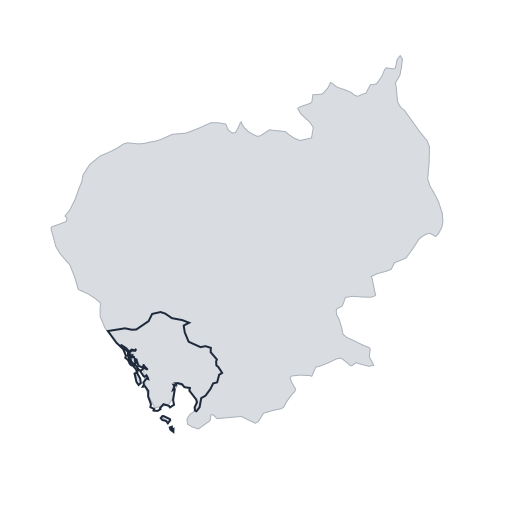 Cambodia, with Kaôh Kong highlighted, rotated 347°
{"feature_id": "KHM-1779", "entity_name": "Kaôh Kong", "entity_type": "Province", "adm_level": 1, "iso_a3": "KHM", "parent_name": "Cambodia", "parent_adm1": "", "projection": "orthographic", "projection_center": [103.349, 11.344], "detail": "medium", "context": "in_parent", "style": "outline", "palette": "slate", "viewbox_px": 512, "rotation_deg": 347, "n_neighbors": 0, "source": "natural_earth", "source_scale": "10m", "svg_char_len": 4660}
<svg xmlns="http://www.w3.org/2000/svg" viewBox="0 0 512 512"><g transform="rotate(347 256 256)"><path d="M441.6,93.2L442.9,97.3L440.0,105.2L436.8,112.4L430.8,118.7L430.6,123.3L428.7,136.9L429.6,141.3L431.1,145.0L433.1,146.9L438.7,160.2L443.7,172.3L448.7,182.2L449.6,188.5L445.5,204.6L440.6,219.4L441.2,226.7L443.5,234.0L446.0,243.7L447.1,256.2L445.9,264.4L443.7,269.5L439.3,274.8L435.5,277.5L430.8,273.1L427.1,273.0L422.1,274.4L418.3,276.5L410.4,284.2L401.7,291.7L389.5,293.7L384.8,299.3L379.7,300.1L370.0,300.5L363.7,301.9L364.1,304.6L363.7,317.7L363.9,320.8L362.9,321.6L358.5,322.0L351.1,320.1L341.0,317.0L333.8,316.5L330.2,322.2L328.1,324.5L325.4,324.9L322.5,325.9L321.6,328.4L321.4,331.6L322.8,337.0L323.4,345.7L323.1,351.6L325.7,355.3L341.2,367.7L345.8,370.8L346.3,372.6L343.7,379.5L346.2,389.0L341.4,388.9L333.3,384.8L329.4,382.4L324.8,384.4L323.2,384.0L320.0,379.4L315.8,374.6L311.6,374.3L302.6,376.3L293.5,377.7L290.0,377.7L288.6,378.5L283.3,385.7L281.1,384.5L271.8,381.9L263.4,380.9L261.7,382.7L262.7,388.6L264.6,394.3L263.5,396.7L258.9,399.7L252.8,405.1L249.1,409.4L246.5,410.4L237.2,410.3L227.9,410.9L224.2,414.8L220.7,417.9L217.7,418.8L205.5,409.0L181.4,405.7L178.8,401.4L176.4,400.5L174.2,406.1L161.0,411.6L155.5,408.3L151.4,404.4L152.0,399.5L155.8,395.6L162.4,392.7L165.4,382.8L160.4,370.1L156.0,366.4L151.4,363.5L146.5,368.2L142.4,376.3L138.2,380.5L132.1,381.4L123.3,381.1L119.9,369.0L118.7,358.6L120.0,346.8L121.3,339.8L112.8,330.2L112.4,321.0L108.3,316.2L107.1,318.6L107.2,321.3L106.0,319.3L92.7,292.4L90.5,279.8L92.8,270.2L94.1,267.0L90.3,261.9L84.9,256.1L75.3,248.6L74.7,236.6L72.6,222.6L69.8,217.8L65.4,209.1L63.1,201.9L62.4,183.0L63.6,181.5L70.4,180.9L79.0,179.6L80.4,176.5L78.9,174.0L84.5,169.7L92.4,160.3L98.6,150.5L103.0,144.3L105.7,138.1L114.6,129.4L126.9,123.4L135.2,122.0L143.9,120.0L152.2,117.0L156.2,116.8L166.5,120.3L172.1,121.2L178.0,121.1L184.0,121.5L189.3,121.1L202.0,118.6L215.4,120.5L227.4,118.9L242.2,116.0L249.5,117.8L256.2,120.6L257.1,126.3L258.7,129.0L260.9,131.0L263.9,131.0L267.6,126.9L270.7,122.7L271.8,122.0L271.9,124.0L273.5,128.5L276.4,132.9L279.3,135.8L284.1,139.7L287.2,139.9L297.3,136.1L312.6,141.4L314.4,144.0L319.4,149.5L324.7,153.3L336.6,153.5L340.7,143.8L338.6,137.9L331.7,127.8L329.8,121.8L332.0,120.7L343.4,119.4L345.2,118.2L347.7,111.6L350.8,112.3L357.1,113.1L363.8,108.5L367.7,103.7L369.9,105.8L372.3,109.1L374.9,111.0L379.8,113.9L385.2,117.8L388.5,121.8L391.2,123.3L398.0,122.1L399.8,122.2L403.7,117.4L406.4,114.7L408.8,115.4L412.2,115.3L419.2,109.1L423.1,103.5L425.3,101.9L431.7,104.6L434.2,104.0L437.7,96.3L441.6,93.2ZM115.3,353.1L114.0,353.8L112.8,353.8L111.5,352.6L111.6,348.3L112.6,345.6L114.7,345.1L115.3,353.1ZM135.5,395.8L132.8,398.7L128.5,392.7L128.5,391.0L135.5,395.8Z" fill="#d9dde1" stroke="#a8b0b8" stroke-width="1"/><path d="M105.7,325.8L106.8,324.1L105.7,316.8L100.5,309.2L94.8,295.8L112.1,297.0L118.4,299.9L122.8,300.7L136.7,295.3L141.8,289.1L150.3,289.1L154.6,291.7L160.0,297.6L169.8,301.9L175.8,306.0L169.9,307.5L169.4,314.5L171.1,324.4L181.4,332.3L186.5,332.5L191.3,335.3L190.2,339.6L194.6,348.0L193.4,349.8L192.8,353.7L194.3,355.6L196.7,362.3L193.4,363.4L189.7,370.4L185.6,370.5L181.7,375.3L175.3,380.8L170.7,382.1L167.0,390.7L163.0,393.9L161.7,392.8L162.2,389.5L165.6,385.4L165.5,382.5L160.8,372.3L161.9,369.7L156.7,367.7L155.2,364.4L151.4,362.3L149.2,362.0L149.7,362.5L148.7,364.1L146.7,363.1L147.1,364.5L145.1,367.7L146.6,367.1L146.8,367.8L142.8,377.7L142.7,382.5L138.1,384.2L137.4,382.4L132.5,379.6L128.2,382.7L128.5,383.7L125.4,384.8L122.2,383.9L121.4,383.5L122.4,382.2L119.1,379.5L120.3,376.7L119.3,368.5L120.7,363.3L118.6,358.1L116.3,357.9L117.9,356.1L117.8,353.9L121.9,350.7L123.3,351.7L123.3,350.6L122.4,347.6L120.4,348.6L119.4,347.7L116.8,340.8L118.3,341.9L121.6,339.8L124.9,342.4L121.9,337.3L122.4,336.2L120.4,339.3L116.8,336.6L116.3,331.6L115.8,332.1L116.3,330.0L114.8,328.9L114.3,333.6L110.2,334.6L108.7,332.5L110.2,331.6L112.3,333.1L110.7,330.5L110.7,327.4L111.6,326.6L115.2,327.4L113.0,326.3L113.3,324.8L111.7,325.3L111.3,323.8L109.7,326.4L111.0,321.6L113.6,320.2L117.0,321.2L118.3,319.7L116.2,320.6L113.8,319.2L110.8,320.7L108.8,316.7L104.2,311.9L109.7,320.7L108.7,324.2L109.5,328.6L108.7,331.5L107.7,328.2L105.7,325.8ZM113.8,343.1L115.6,349.6L115.2,353.9L112.6,355.3L111.2,351.9L111.2,342.4L111.7,343.4L113.8,343.1ZM130.1,391.3L135.5,395.6L135.5,396.7L132.5,399.2L131.3,396.5L127.8,394.7L126.7,392.5L128.9,390.9L130.1,391.3ZM114.3,335.7L115.8,339.3L114.3,342.4L113.5,342.4L113.8,339.8L111.7,335.8L112.7,334.6L114.3,335.7ZM136.7,405.9L135.9,408.8L133.6,406.0L133.4,403.7L135.6,403.4L135.1,406.3L136.7,405.9Z" fill="none" stroke="#1e293b" stroke-width="2"/></g></svg>